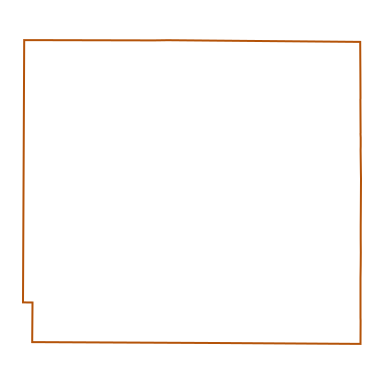 outline of Crawford, Kansas, United States of America
{"feature_id": "52423323B52465709163567", "entity_name": "Crawford", "entity_type": "district", "adm_level": 2, "iso_a3": "USA", "parent_name": "United States of America", "parent_adm1": "Kansas", "projection": "albers", "projection_center": [-94.703, 37.507], "detail": "fine", "context": "isolated", "style": "outline", "palette": "amber", "viewbox_px": 384, "rotation_deg": 0, "n_neighbors": 0, "source": "geoboundaries", "source_scale": "gbopen_adm2", "svg_char_len": 509}
<svg xmlns="http://www.w3.org/2000/svg" viewBox="0 0 384 384"><path d="M23.0,302.4L32.5,302.5L32.2,342.1L214.7,343.0L360.5,343.9L360.6,320.7L360.5,317.7L360.5,291.6L360.5,278.5L360.7,265.3L360.8,252.4L360.7,238.9L360.7,233.9L360.7,229.5L360.7,225.5L360.8,212.8L361.0,178.7L360.9,173.0L360.6,149.8L360.7,146.4L360.7,137.6L360.5,133.6L360.6,133.2L360.4,99.3L360.5,98.4L360.4,74.3L360.3,59.5L360.3,59.4L360.2,41.9L167.7,40.2L154.0,40.4L24.2,40.1L23.0,302.4Z" fill="none" stroke="#b45309" stroke-width="2"/></svg>